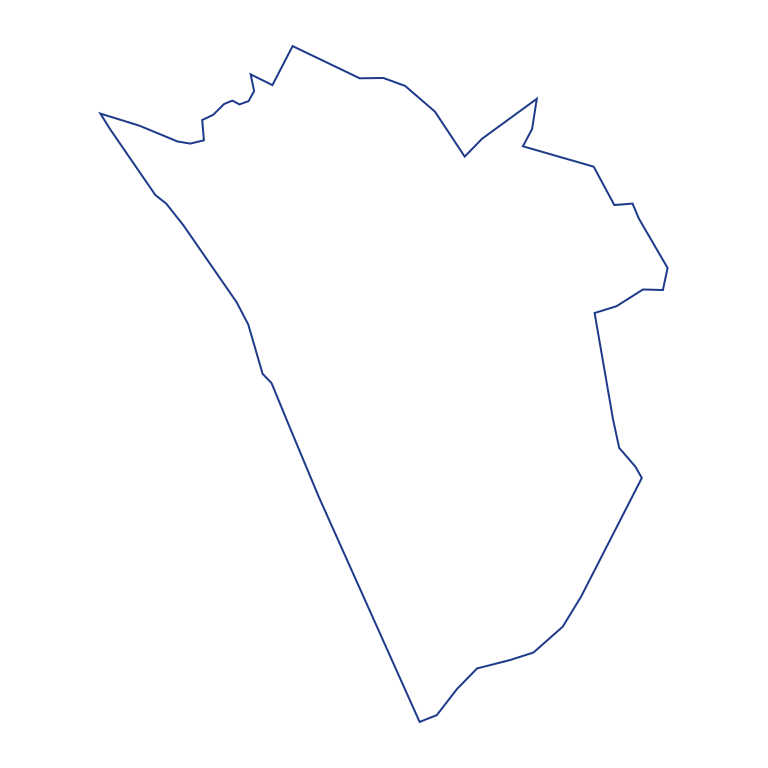 Yashnobod, Tashkent, Uzbekistan (Mercator projection)
{"feature_id": "79887680B98736397831484", "entity_name": "Yashnobod", "entity_type": "district", "adm_level": 2, "iso_a3": "UZB", "parent_name": "Uzbekistan", "parent_adm1": "Tashkent", "projection": "mercator", "projection_center": [69.301, 41.243], "detail": "fine", "context": "isolated", "style": "outline", "palette": "blue", "viewbox_px": 768, "rotation_deg": 0, "n_neighbors": 0, "source": "geoboundaries", "source_scale": "gbopen_adm2", "svg_char_len": 791}
<svg xmlns="http://www.w3.org/2000/svg" viewBox="0 0 768 768"><path d="M635.5,466.8L619.2,447.9L613.0,419.2L594.6,313.0L616.5,306.2L642.9,289.5L662.9,290.0L667.6,268.0L638.8,218.5L632.6,203.6L614.3,205.0L593.7,166.7L522.9,146.3L532.1,129.0L536.8,98.8L482.1,138.7L464.7,156.6L435.0,111.7L405.1,85.9L383.4,78.0L359.7,78.3L292.6,46.1L272.4,85.1L250.7,74.4L254.1,91.1L248.6,101.1L239.5,104.4L232.3,100.6L224.1,104.0L213.2,114.8L202.2,120.0L203.9,140.3L190.3,143.6L177.6,141.5L139.4,125.7L100.4,113.6L110.3,129.5L155.4,195.1L166.3,203.7L183.4,225.3L236.6,302.2L248.3,324.6L262.6,373.8L271.6,383.2L289.6,427.0L319.1,497.6L419.6,721.9L436.8,715.1L457.0,689.0L477.1,668.4L509.8,660.1L533.5,652.5L562.7,626.7L581.0,596.8L641.8,478.0L635.5,466.8Z" fill="none" stroke="#1e3a8a" stroke-width="2"/></svg>